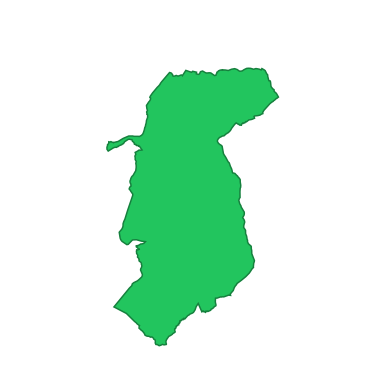 Homorod, Brasov, Romania (Natural Earth projection), rotated 130°
{"feature_id": "2599482B44923820513317", "entity_name": "Homorod", "entity_type": "district", "adm_level": 2, "iso_a3": "ROU", "parent_name": "Romania", "parent_adm1": "Brasov", "projection": "natural_earth1", "projection_center": [25.353, 46.075], "detail": "fine", "context": "isolated", "style": "filled", "palette": "green", "viewbox_px": 384, "rotation_deg": 130, "n_neighbors": 0, "source": "geoboundaries", "source_scale": "gbopen_adm2", "svg_char_len": 6078}
<svg xmlns="http://www.w3.org/2000/svg" viewBox="0 0 384 384"><g transform="rotate(130 192 192)"><path d="M214.5,282.5L208.5,280.5L207.2,279.7L206.2,278.4L204.8,278.2L204.5,277.7L203.4,277.6L200.9,276.2L199.9,276.1L199.0,275.6L196.8,275.9L192.7,274.7L191.8,273.9L191.2,272.6L190.5,271.7L191.4,270.3L191.4,268.1L192.3,267.1L192.4,266.8L192.1,266.1L191.7,265.8L191.8,265.6L191.7,265.3L192.0,265.0L192.0,264.4L191.9,264.1L191.0,263.1L191.2,262.6L190.9,262.4L191.2,262.1L190.8,261.4L191.9,257.3L192.9,258.1L193.9,259.5L194.7,259.8L195.5,259.9L198.2,261.0L198.9,259.8L199.5,259.1L200.4,259.1L201.4,258.6L202.6,257.1L203.3,256.8L203.8,256.1L204.4,254.4L206.1,253.5L207.5,251.9L209.0,250.6L211.8,248.8L217.3,247.8L218.2,248.0L219.7,247.9L221.6,247.3L222.4,246.8L223.1,246.7L224.0,246.1L224.8,245.1L225.2,244.0L226.7,242.5L227.6,242.8L229.2,242.5L230.0,242.1L230.3,241.6L230.3,240.5L230.8,239.3L231.7,236.0L233.0,235.1L247.7,229.4L255.8,226.0L258.7,225.2L260.6,224.4L262.5,222.9L263.6,222.4L265.5,221.9L269.6,221.9L273.5,217.4L274.2,216.2L274.6,215.0L274.8,213.8L274.2,208.1L273.1,207.2L267.3,206.8L266.7,206.5L264.3,203.9L262.0,198.9L260.0,195.8L262.3,195.9L263.9,196.9L264.7,197.8L267.5,198.8L268.8,199.9L268.9,199.4L269.4,199.5L269.3,198.9L269.8,199.0L269.8,197.5L270.2,196.7L269.9,196.6L269.8,196.1L269.3,195.2L271.5,196.6L271.9,197.2L273.6,196.1L273.9,195.6L274.8,194.8L274.9,193.9L275.3,192.9L276.9,191.9L277.1,190.1L277.6,189.6L277.7,189.0L278.6,188.5L278.9,187.8L278.7,186.4L278.9,185.5L279.4,184.6L280.0,184.2L280.6,183.1L281.0,182.8L282.6,182.1L283.8,181.9L284.8,181.3L287.0,177.1L287.8,176.5L288.8,176.0L289.6,175.9L293.0,176.3L295.2,176.7L298.8,178.3L300.7,178.7L302.5,177.9L305.8,178.2L330.2,177.9L327.2,164.2L328.1,152.7L328.0,150.9L328.3,149.2L328.1,146.4L328.5,146.4L330.4,145.0L330.4,142.9L330.6,141.7L330.3,140.9L330.8,138.6L330.9,137.9L331.9,135.8L331.3,133.7L330.3,132.4L329.8,130.4L329.0,129.7L328.7,129.0L328.8,127.6L329.3,126.6L329.0,125.3L329.9,124.1L331.3,123.1L332.0,121.7L331.1,120.3L331.0,118.9L330.7,118.2L329.0,117.2L327.8,116.8L327.3,115.6L326.9,115.0L325.3,113.7L324.9,113.9L324.4,114.8L323.0,116.1L321.4,116.6L317.5,117.0L315.7,116.2L313.6,115.6L312.8,115.7L310.5,114.9L310.0,115.0L309.6,115.4L309.2,116.3L307.9,117.3L307.6,117.2L307.4,116.9L307.0,116.9L306.2,117.1L305.9,117.4L305.3,117.5L305.1,117.8L304.8,117.6L304.3,117.7L303.6,117.2L302.6,117.3L302.2,116.9L301.6,117.6L300.9,117.3L300.4,117.3L300.0,117.8L299.8,117.7L299.8,117.4L299.4,117.5L299.1,118.1L298.3,118.5L297.9,118.2L298.0,117.9L297.9,117.7L296.4,117.6L296.1,117.3L295.7,117.6L295.3,117.3L295.3,116.8L294.4,117.0L294.4,116.5L294.1,116.6L294.1,116.4L293.5,116.2L293.5,115.9L289.4,115.8L288.0,115.2L286.9,115.1L284.6,113.9L283.3,113.5L280.3,113.9L277.2,115.1L273.4,115.6L277.4,107.5L276.5,107.4L276.5,106.7L275.8,106.5L276.0,105.7L275.5,105.2L275.6,104.3L275.4,104.2L275.2,104.2L274.8,104.6L274.2,104.7L274.0,104.1L273.2,103.5L273.3,103.0L270.6,101.7L269.4,102.0L268.3,101.4L266.6,101.1L265.4,101.2L264.0,100.6L263.2,100.9L261.3,103.4L258.2,105.8L257.2,104.6L254.0,102.7L253.7,102.1L253.0,101.7L252.3,100.7L251.5,100.0L247.4,97.6L246.4,96.0L245.6,97.1L240.9,97.1L238.5,98.0L236.7,98.4L234.3,98.4L233.2,98.7L227.7,97.4L222.3,96.4L217.1,96.0L212.0,96.6L210.3,96.4L209.6,97.1L206.8,99.0L205.4,99.5L204.4,100.1L200.8,106.6L198.5,108.6L196.8,110.7L196.1,111.1L195.5,111.9L195.4,115.5L194.5,117.4L193.2,118.5L192.9,119.3L190.7,121.8L189.5,124.1L186.9,126.4L185.9,129.7L184.0,131.0L181.3,132.2L180.6,132.9L179.7,134.5L179.1,136.7L176.1,137.3L174.7,138.2L173.8,139.1L171.9,144.6L171.1,145.7L170.3,147.9L168.3,150.8L166.3,151.6L165.4,151.6L160.9,155.5L158.3,157.4L157.1,157.8L155.5,159.0L153.3,161.5L151.6,163.0L151.1,164.3L150.8,166.7L150.5,167.3L150.5,168.8L150.2,171.1L151.2,173.1L150.7,174.1L150.2,174.6L148.9,176.4L147.6,179.2L145.8,182.1L145.6,183.9L143.8,188.3L142.7,191.9L142.2,192.8L137.6,198.3L137.4,199.3L137.7,201.3L137.7,203.0L137.2,204.4L136.9,205.1L136.4,205.5L135.2,206.0L132.6,206.0L131.0,205.2L129.7,204.8L128.4,203.6L125.5,203.2L124.9,202.9L124.0,202.8L123.7,202.5L122.8,202.3L120.2,202.1L117.5,202.6L112.9,202.8L110.7,202.6L110.4,200.3L110.0,199.7L110.2,198.7L109.1,197.1L108.4,197.5L106.7,197.5L106.6,196.9L105.6,196.7L105.2,196.0L103.6,196.1L103.3,195.4L100.3,194.8L98.0,192.9L95.3,191.5L94.2,193.1L93.5,192.9L91.2,190.7L89.3,189.3L87.6,188.8L86.4,188.1L85.5,189.0L83.2,189.4L74.4,189.1L72.1,188.7L70.4,188.1L69.4,188.1L68.6,187.8L66.2,187.5L65.4,187.1L63.7,186.8L62.2,190.8L62.1,193.7L60.9,194.9L60.9,195.7L61.1,196.2L60.5,199.0L60.2,199.5L57.4,202.4L56.8,203.2L56.7,203.8L57.2,204.3L57.3,204.7L54.9,208.1L53.6,209.4L53.4,210.8L52.0,213.9L52.0,214.9L52.5,217.8L54.0,217.5L54.7,219.5L56.1,222.0L56.6,222.6L58.3,223.6L59.6,226.6L60.9,228.3L62.2,229.6L64.9,230.8L66.8,231.3L68.0,232.2L68.9,233.3L69.2,236.3L70.1,238.6L72.5,240.6L75.6,242.3L77.4,245.3L78.9,246.8L78.5,246.9L78.6,247.1L80.6,248.8L82.3,249.6L83.2,249.5L84.3,249.9L85.1,249.3L86.1,249.2L87.2,248.7L88.3,249.6L88.7,254.1L89.5,255.3L91.5,257.3L92.0,258.6L92.5,261.6L94.0,262.6L94.6,262.8L96.6,262.2L97.5,262.4L98.1,263.3L98.7,264.7L97.3,265.5L99.1,269.1L100.6,269.3L102.8,274.9L109.1,274.1L108.9,274.8L109.3,275.5L111.8,276.9L112.3,277.4L112.9,279.1L114.1,279.6L115.3,280.8L115.3,281.5L114.7,282.0L114.6,282.7L114.2,283.8L114.3,284.8L114.9,286.0L126.6,286.1L129.3,286.0L129.9,285.7L132.3,285.7L134.1,285.9L141.5,285.9L145.7,285.5L146.7,285.0L146.6,284.2L147.4,283.5L148.9,283.0L151.5,283.0L152.5,282.7L152.8,282.8L153.5,282.6L154.7,282.6L155.1,282.4L157.1,280.2L158.2,278.5L159.9,278.2L160.4,277.5L160.5,277.2L161.5,276.5L161.3,275.9L161.5,275.6L163.3,274.0L166.4,272.9L168.7,271.4L170.6,270.6L171.4,270.0L173.2,269.5L175.2,268.4L178.6,267.1L179.9,267.0L181.4,267.2L183.3,268.0L183.8,268.8L186.3,271.8L186.9,272.7L187.2,273.4L189.7,276.4L195.2,279.2L200.8,281.1L203.9,283.4L204.3,283.9L204.8,284.0L204.7,284.4L205.2,285.1L205.5,286.5L205.8,286.7L206.4,286.8L207.0,288.0L208.1,287.2L209.3,287.0L210.1,287.1L210.5,286.7L212.4,285.9L213.9,284.6L214.5,282.5Z" fill="#22c55e" stroke="#15803d" stroke-width="1.5"/></g></svg>